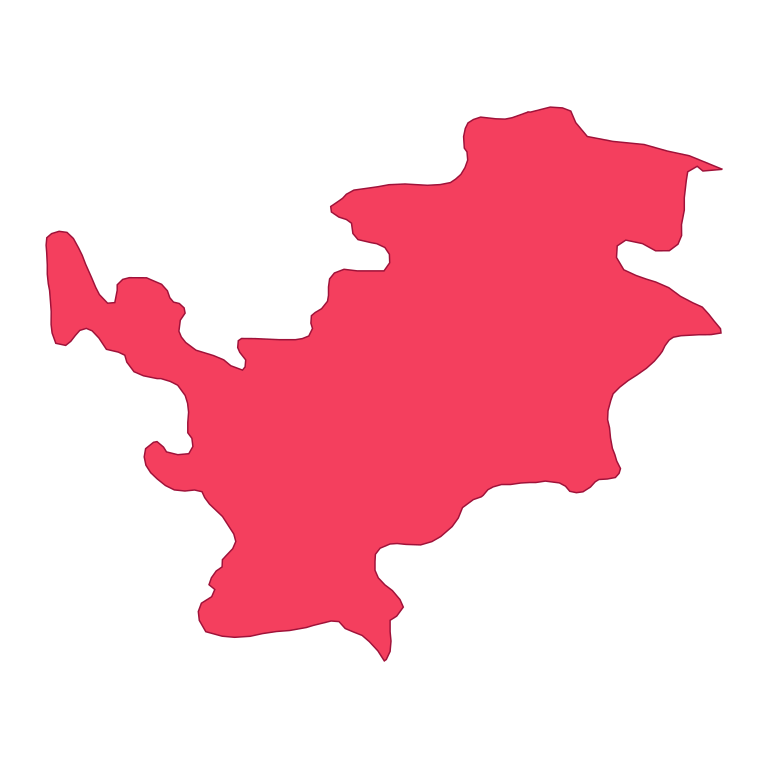 Chachersk, Gomel, Belarus (Albers equal-area conic projection)
{"feature_id": "67162791B26710857863794", "entity_name": "Chachersk", "entity_type": "district", "adm_level": 2, "iso_a3": "BLR", "parent_name": "Belarus", "parent_adm1": "Gomel", "projection": "albers", "projection_center": [30.949, 52.928], "detail": "fine", "context": "isolated", "style": "filled", "palette": "rose", "viewbox_px": 768, "rotation_deg": 0, "n_neighbors": 0, "source": "geoboundaries", "source_scale": "gbopen_adm2", "svg_char_len": 3666}
<svg xmlns="http://www.w3.org/2000/svg" viewBox="0 0 768 768"><path d="M721.0,333.0L720.5,328.7L713.9,320.8L708.8,314.3L702.3,307.1L692.8,302.8L680.4,296.3L668.8,287.7L655.7,282.0L646.3,279.1L636.1,275.5L623.8,269.8L616.5,257.5L617.2,245.9L625.8,240.1L642.5,243.6L655.6,250.8L669.3,250.7L678.0,244.2L681.6,235.5L681.5,224.6L684.3,210.1L684.3,197.8L686.3,180.5L687.7,171.8L697.2,166.3L702.9,171.0L721.7,169.4L721.9,169.1L709.2,163.9L689.4,155.8L667.1,151.0L644.1,144.5L612.8,141.4L587.3,136.5L575.7,122.6L570.8,111.1L562.5,107.9L550.2,107.1L530.5,112.1L527.9,111.9L527.6,112.2L512.2,117.7L505.1,119.1L495.9,118.8L480.6,117.1L473.4,119.5L468.0,122.9L465.3,128.4L463.6,136.6L464.3,148.1L467.0,151.9L467.7,160.1L465.0,167.6L460.9,174.4L455.5,179.2L450.4,182.6L440.1,184.6L427.5,185.3L405.0,184.0L389.0,184.7L378.1,186.7L366.2,188.4L353.9,190.1L346.4,194.2L342.6,198.3L337.2,202.1L330.7,206.5L331.4,212.0L338.9,217.1L346.4,219.5L351.5,223.2L352.9,233.5L358.0,239.6L371.3,242.7L376.8,243.7L384.9,247.5L389.4,254.3L389.7,262.8L384.0,270.9L370.2,270.9L357.4,270.9L344.0,269.3L334.4,273.0L329.6,278.9L328.5,286.9L328.5,295.4L327.5,301.3L321.6,308.7L315.2,312.5L311.4,315.7L310.9,323.2L312.5,328.5L308.8,336.0L302.3,338.6L295.4,339.7L279.4,339.7L254.8,338.6L241.5,338.5L238.3,340.7L237.7,347.6L239.8,352.4L245.7,359.9L245.1,366.9L242.5,370.1L230.7,365.7L223.8,359.9L213.6,355.6L196.0,350.2L185.7,342.5L181.3,337.0L178.9,331.2L180.3,320.2L185.1,313.1L184.1,307.9L179.3,303.5L173.5,302.1L169.8,297.7L167.4,290.8L161.6,284.3L150.4,279.5L146.6,277.8L129.2,277.7L122.7,279.4L117.2,284.8L117.2,290.3L114.8,302.6L107.6,303.2L99.4,294.6L95.7,287.4L91.7,277.9L85.6,264.2L82.2,255.3L78.5,247.8L73.4,238.5L67.0,232.4L64.9,232.1L59.1,231.3L51.6,233.6L46.8,237.7L46.1,245.2L46.7,252.7L47.3,265.0L47.3,274.2L48.3,283.8L49.6,290.6L50.5,301.9L51.2,311.5L51.1,324.5L52.1,333.0L55.8,343.3L65.7,345.4L70.8,341.3L75.3,335.5L79.8,330.4L86.3,328.4L92.1,330.8L98.9,338.0L106.4,349.3L118.3,352.1L124.8,355.2L126.8,362.1L134.0,371.7L143.5,375.8L157.2,378.6L161.0,378.6L170.2,381.4L177.7,385.2L185.2,395.5L187.6,403.3L188.6,412.2L187.8,422.5L187.8,432.8L191.9,438.3L192.9,446.5L188.8,453.7L177.8,454.7L166.5,451.9L163.5,447.1L157.0,441.6L153.5,442.3L145.6,448.7L144.2,456.9L145.9,465.2L150.7,472.7L157.2,478.9L165.4,485.5L174.3,489.9L184.9,491.0L194.5,490.0L202.0,491.7L204.7,497.6L209.5,504.1L222.5,516.5L233.8,534.0L235.8,541.5L232.7,548.7L225.9,555.9L222.4,559.7L222.1,566.9L216.2,571.0L211.4,577.8L209.0,584.7L214.8,589.5L211.7,596.7L201.4,603.2L198.3,611.5L199.3,620.4L205.8,631.7L222.2,636.2L234.6,637.3L250.1,636.3L262.4,633.6L276.5,631.5L289.6,630.5L306.4,627.5L313.3,625.4L331.1,621.0L339.0,621.6L345.2,628.5L353.5,632.0L362.1,635.4L369.3,641.6L377.9,650.9L384.3,660.9L386.3,659.5L390.1,651.4L391.0,641.1L390.1,631.6L390.1,620.3L396.7,616.1L403.3,607.1L400.0,599.6L392.4,590.6L384.9,584.9L378.3,577.9L375.0,570.3L375.0,561.4L375.4,554.3L380.1,548.2L390.0,544.0L397.1,543.5L406.0,544.4L420.6,544.9L431.9,541.6L440.9,536.4L452.2,526.5L458.3,518.0L462.5,507.6L473.3,499.6L481.3,496.8L483.2,495.3L487.9,489.7L493.1,486.9L501.5,484.5L510.5,484.5L520.8,483.0L529.8,482.5L535.9,482.5L545.3,481.1L559.4,482.9L565.5,486.2L569.8,491.3L576.4,492.7L583.0,491.8L590.5,487.0L595.2,481.8L598.9,479.5L607.4,479.0L615.4,477.5L619.1,473.3L620.5,468.6L616.7,461.0L614.8,454.5L612.4,448.4L610.5,438.0L609.5,427.7L607.6,419.7L608.0,410.8L610.8,400.4L613.1,393.8L619.7,387.2L628.1,380.6L637.0,374.9L646.4,368.3L654.3,361.2L659.9,354.6L662.3,351.3L665.0,345.7L669.2,340.0L673.4,337.2L681.0,335.7L690.3,335.2L699.3,334.7L705.4,334.7L711.0,334.6L721.0,333.0Z" fill="#f43f5e" stroke="#9f1239" stroke-width="1.5"/></svg>